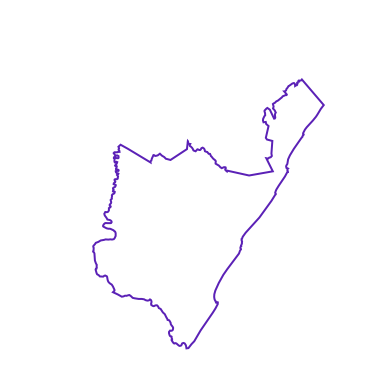 outline of Villa de Tututepec de Melchor Ocampo, Oaxaca, Mexico, rotated 293°
{"feature_id": "50627088B81743896776092", "entity_name": "Villa de Tututepec de Melchor Ocampo", "entity_type": "district", "adm_level": 2, "iso_a3": "MEX", "parent_name": "Mexico", "parent_adm1": "Oaxaca", "projection": "orthographic", "projection_center": [-97.497, 16.098], "detail": "fine", "context": "isolated", "style": "outline", "palette": "violet", "viewbox_px": 384, "rotation_deg": 293, "n_neighbors": 0, "source": "geoboundaries", "source_scale": "gbopen_adm2", "svg_char_len": 6030}
<svg xmlns="http://www.w3.org/2000/svg" viewBox="0 0 384 384"><g transform="rotate(293 192 192)"><path d="M237.2,168.3L229.5,170.6L213.1,159.7L212.4,154.9L213.3,152.9L213.7,150.1L214.7,147.5L212.3,146.1L211.4,145.0L210.8,144.0L211.1,142.5L210.9,142.1L206.9,142.0L205.0,142.3L204.5,142.0L203.7,141.9L203.0,142.3L206.7,116.2L207.6,107.8L204.9,106.6L203.8,107.8L203.5,107.9L202.8,107.7L202.2,107.9L201.6,109.0L200.6,109.6L199.9,108.1L199.4,107.7L198.3,105.1L197.2,104.7L196.9,104.9L196.7,105.7L195.9,106.6L195.6,107.4L195.5,107.8L196.0,107.9L196.5,109.1L196.3,110.3L194.9,111.0L194.5,111.0L194.2,110.8L193.6,109.1L193.7,107.9L194.0,107.0L193.4,106.6L193.0,106.7L192.6,106.9L192.7,107.5L192.4,107.8L190.1,108.5L189.2,109.2L189.0,109.7L189.3,110.2L189.9,110.2L190.3,110.6L190.3,111.5L188.9,111.6L188.5,111.4L187.8,111.5L186.7,110.9L186.2,110.9L186.0,111.4L186.3,111.9L186.3,112.7L185.8,112.9L183.7,112.9L183.2,113.2L183.6,114.7L183.5,115.8L183.4,115.9L183.0,116.1L182.5,115.8L182.2,114.6L181.3,113.7L180.6,114.2L180.1,115.1L180.1,115.6L179.7,115.8L179.7,116.1L180.2,116.5L180.1,117.1L179.6,117.1L178.3,116.4L177.5,117.8L177.1,118.0L176.2,118.0L175.3,118.4L174.4,117.8L173.8,116.3L173.2,115.9L172.8,116.0L172.2,116.5L171.5,117.4L170.8,117.4L170.2,116.9L169.4,116.6L168.6,116.8L168.6,119.1L168.1,119.3L166.7,119.2L165.3,118.0L164.6,117.8L163.9,118.2L163.7,118.8L163.3,119.0L162.7,118.8L161.7,119.0L162.0,120.8L161.8,120.9L160.4,121.0L158.7,119.7L157.7,119.5L157.1,120.0L155.2,120.4L154.7,120.8L154.1,120.8L153.1,120.2L152.7,120.3L151.1,121.6L150.0,121.8L148.2,121.2L147.3,121.6L147.1,122.6L146.7,122.9L145.8,122.7L145.5,122.3L144.7,121.8L142.6,122.7L141.2,122.5L140.8,122.3L140.2,121.6L139.7,120.0L137.6,119.8L136.3,120.9L134.8,123.4L133.6,124.9L134.1,127.3L134.0,128.2L133.8,128.9L133.5,129.4L132.8,129.8L131.8,129.6L131.5,129.2L129.5,124.3L128.3,123.6L126.8,123.3L125.9,123.4L125.5,124.0L125.2,127.6L125.5,129.3L126.1,130.7L126.2,131.6L126.1,134.7L125.5,136.1L125.5,136.7L124.3,137.8L121.7,138.9L119.2,138.8L118.0,138.4L117.0,137.0L116.5,135.3L115.5,133.6L114.6,131.0L113.6,129.8L111.7,126.9L109.5,125.3L107.6,123.3L106.3,123.1L103.8,122.3L103.0,122.5L102.2,123.3L99.5,124.3L98.8,124.1L98.2,124.7L98.1,125.4L97.3,126.2L91.0,129.4L88.8,131.4L87.6,132.9L86.8,133.0L85.2,133.9L84.1,134.0L83.9,133.5L82.9,133.6L80.0,135.9L79.2,136.8L79.0,138.6L78.3,140.2L79.4,143.3L80.6,144.0L81.2,144.7L81.1,146.5L80.6,147.1L78.1,148.7L76.8,149.9L76.2,151.0L75.7,152.5L75.4,154.3L74.1,156.2L71.6,158.9L70.9,159.2L68.9,158.4L68.7,163.8L68.2,168.3L69.2,169.8L70.3,170.8L70.9,172.3L72.3,174.0L72.7,174.7L72.2,176.7L71.4,178.7L71.7,180.6L72.7,184.6L73.9,187.4L74.5,189.8L74.3,191.6L74.6,193.4L75.0,194.1L75.7,194.9L76.7,195.3L76.6,196.1L76.5,196.4L75.6,197.4L74.6,197.8L73.1,198.0L72.1,198.7L71.8,200.5L71.9,201.2L72.2,201.7L73.0,202.3L73.7,203.2L74.0,204.1L73.4,205.5L72.2,206.8L72.1,208.8L69.8,212.2L68.9,214.7L66.3,217.7L65.8,218.6L64.7,219.5L65.0,220.8L64.8,221.4L64.1,222.4L63.3,223.4L62.2,224.0L61.2,225.3L60.9,226.0L60.2,227.1L59.6,227.7L58.7,228.0L57.6,228.2L56.8,227.9L56.0,226.9L55.9,226.0L54.4,225.5L53.2,225.9L51.7,227.1L51.0,227.8L50.8,228.4L51.0,229.2L50.9,229.7L49.9,230.1L48.9,231.1L48.2,230.9L47.6,231.2L47.6,231.6L47.2,231.7L46.5,232.7L45.7,234.1L45.6,234.7L45.8,235.2L46.3,235.5L46.5,236.8L45.5,239.8L45.5,240.8L46.2,241.8L47.0,242.1L48.7,242.1L49.4,242.7L49.8,243.3L49.7,244.5L48.8,245.9L47.8,246.8L45.9,248.0L46.9,249.7L51.8,251.0L55.5,252.4L67.9,254.0L89.1,258.3L94.0,259.1L98.9,259.5L99.1,259.4L100.5,258.9L100.6,258.6L101.2,258.2L100.5,258.3L99.6,257.8L99.5,257.5L99.7,257.2L100.2,257.2L101.2,257.6L100.3,257.1L100.5,256.5L101.7,255.0L102.6,254.3L104.1,253.4L106.6,252.5L110.4,252.0L118.7,252.2L128.0,253.2L134.7,254.6L153.7,259.3L156.9,259.1L158.3,259.5L158.9,259.1L159.1,258.6L159.7,258.3L160.9,258.2L161.3,258.5L162.0,258.0L163.0,258.2L163.8,258.0L164.5,258.0L165.1,257.6L165.9,257.5L166.3,257.2L166.4,256.9L167.3,256.4L167.3,256.6L167.3,256.4L167.8,256.3L170.7,256.2L175.5,257.3L194.8,264.0L214.9,268.6L222.0,269.7L222.5,270.0L223.1,269.8L223.7,268.9L225.5,268.7L227.2,268.7L231.8,269.4L242.6,271.5L247.9,272.0L248.0,272.4L248.7,272.0L248.9,271.5L249.6,271.2L250.8,270.8L251.1,271.1L251.2,270.8L250.9,270.2L251.0,269.6L252.2,268.7L253.3,268.5L255.1,268.8L259.6,267.7L264.0,267.8L271.6,268.9L284.5,271.6L286.0,272.1L286.3,271.9L288.1,272.1L288.1,272.3L288.4,272.4L288.7,272.2L288.9,271.5L290.0,271.3L293.6,271.6L296.4,272.3L304.9,275.3L309.7,276.7L312.4,277.2L318.8,278.1L323.5,279.3L338.5,249.2L337.7,249.0L337.2,248.7L336.6,247.6L336.4,246.8L336.1,246.6L335.3,247.3L334.6,246.5L333.8,246.1L333.1,246.8L332.3,246.3L331.7,246.9L331.3,246.8L330.8,246.1L329.9,245.5L331.2,244.9L332.1,243.6L332.1,243.2L331.1,242.0L327.6,239.9L327.3,239.5L324.9,239.1L323.8,238.7L322.3,238.9L320.8,238.0L320.6,237.6L319.0,240.8L318.7,241.2L318.3,241.2L318.1,241.1L318.0,240.5L315.5,238.1L314.3,237.8L310.7,235.9L309.6,235.3L308.4,234.2L306.4,233.4L305.4,232.5L304.6,232.1L302.7,233.6L302.3,233.8L300.6,233.9L300.4,234.1L300.2,234.8L299.4,236.3L297.8,238.1L297.1,237.9L295.6,238.1L292.9,239.6L292.0,239.5L291.6,238.9L298.2,231.5L298.8,228.5L297.8,227.9L295.3,227.0L294.6,227.2L293.2,228.4L291.2,229.4L290.0,229.0L287.1,228.9L285.5,229.4L284.1,230.6L285.3,232.5L283.6,233.7L282.6,236.7L270.7,238.8L269.6,240.5L270.4,246.0L258.4,250.1L256.4,251.4L254.8,250.9L254.5,250.6L253.9,249.7L252.5,249.0L252.1,247.2L242.6,258.3L229.5,238.1L225.4,216.0L224.6,216.1L224.9,215.1L225.4,214.0L225.9,213.7L227.2,213.8L227.8,213.2L227.4,211.8L225.6,210.1L225.8,209.6L225.7,208.8L226.8,206.5L227.3,202.7L227.7,202.4L229.6,201.9L230.2,201.1L231.0,198.4L232.3,196.0L232.4,195.5L234.1,193.7L233.7,192.4L234.8,190.4L234.6,189.5L234.6,188.0L236.1,186.9L236.7,186.0L237.0,184.5L236.1,183.6L234.5,183.4L233.9,183.1L233.5,182.3L233.5,180.7L233.4,180.3L230.9,179.4L230.8,177.4L230.9,177.0L231.9,176.0L232.7,174.8L233.4,173.1L233.5,172.2L234.4,171.4L235.5,171.6L235.2,169.6L236.2,168.9L236.4,168.5L237.1,168.5L237.2,168.3Z" fill="none" stroke="#5b21b6" stroke-width="2"/></g></svg>